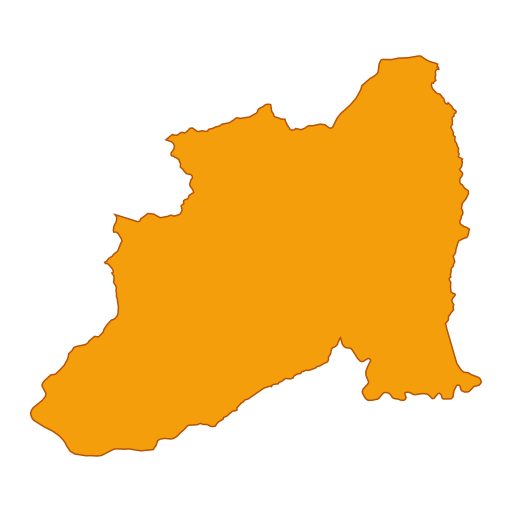 Nova Canaã do Norte, Mato Grosso, Brazil (Mercator projection)
{"feature_id": "56859067B70973465744511", "entity_name": "Nova Canaã do Norte", "entity_type": "district", "adm_level": 2, "iso_a3": "BRA", "parent_name": "Brazil", "parent_adm1": "Mato Grosso", "projection": "mercator", "projection_center": [-56.025, -10.669], "detail": "fine", "context": "isolated", "style": "filled", "palette": "amber", "viewbox_px": 512, "rotation_deg": 0, "n_neighbors": 0, "source": "geoboundaries", "source_scale": "gbopen_adm2", "svg_char_len": 6052}
<svg xmlns="http://www.w3.org/2000/svg" viewBox="0 0 512 512"><path d="M104.6,262.3L105.6,263.6L107.3,263.5L109.6,265.5L112.7,269.5L113.3,270.9L113.0,272.2L111.8,273.0L113.6,275.4L114.1,277.4L113.6,281.6L113.9,283.0L115.8,286.0L116.3,287.6L116.0,291.0L116.5,293.3L116.4,296.4L117.1,298.3L118.4,306.6L118.2,312.5L117.4,315.5L115.2,318.4L113.5,319.5L111.5,320.0L107.4,324.4L104.3,328.7L103.0,332.4L98.5,336.9L94.5,336.4L89.0,341.1L88.1,342.7L85.6,344.5L75.5,346.7L73.7,347.7L71.9,350.8L68.7,353.7L68.2,357.1L67.3,359.6L64.2,365.3L61.0,368.8L55.9,373.8L54.4,374.4L50.8,374.9L43.7,381.5L42.0,384.6L42.2,386.3L45.8,393.1L45.9,394.8L45.2,396.7L42.5,400.2L33.2,407.7L31.5,410.3L30.7,413.0L30.9,415.1L31.6,417.1L32.5,418.8L33.8,420.3L43.7,426.6L53.2,431.4L59.4,436.0L62.9,439.6L65.2,442.8L66.6,445.8L70.1,451.1L74.8,454.0L86.4,455.8L90.2,455.6L96.9,456.0L101.4,455.5L112.0,450.1L114.3,449.1L117.0,448.8L123.8,449.2L128.9,448.9L141.0,450.8L153.4,449.6L154.1,448.1L156.1,445.5L157.6,440.7L158.8,439.9L160.3,439.1L164.7,438.4L171.0,439.0L173.8,438.3L176.9,436.4L180.3,432.8L183.7,430.0L187.1,426.2L188.9,425.2L197.0,424.8L200.5,423.4L202.7,424.4L207.5,424.6L210.4,426.3L212.0,426.6L215.2,426.2L217.1,423.4L218.9,421.6L223.0,419.3L223.7,417.4L226.8,416.1L232.1,411.5L233.6,410.8L235.2,410.9L237.0,410.0L236.9,407.8L241.4,403.0L243.6,401.6L244.5,400.1L248.1,399.0L263.9,388.1L269.7,386.2L271.4,386.6L272.1,385.1L273.7,384.4L278.2,383.8L279.4,382.1L281.1,381.7L285.6,378.5L290.4,378.9L293.1,377.9L293.8,376.2L294.8,375.4L298.0,373.7L299.9,373.7L301.2,372.9L301.8,371.7L303.7,371.3L305.5,370.3L309.0,370.3L315.3,368.1L317.3,366.5L320.0,365.8L324.5,363.2L326.6,362.5L327.7,361.4L328.5,359.6L328.4,357.1L330.6,353.9L331.2,350.2L332.2,348.0L334.4,347.1L336.7,345.4L337.6,344.1L338.1,342.1L339.2,340.3L339.5,339.0L340.5,337.7L342.2,343.9L343.3,345.6L344.5,346.9L346.1,347.7L349.7,348.1L351.1,348.7L352.3,350.0L357.4,358.1L359.9,360.9L361.5,361.6L363.0,361.5L368.1,358.4L370.1,359.2L370.7,360.7L367.9,366.1L366.1,370.7L365.8,372.9L366.1,375.7L368.4,381.4L368.4,382.9L367.5,384.3L363.4,388.7L362.3,391.4L362.4,392.9L364.8,397.5L366.2,399.1L368.0,400.3L371.8,400.3L377.6,399.1L378.8,398.4L382.4,394.0L383.7,392.9L385.2,392.5L388.5,392.9L390.2,394.3L392.6,397.8L394.6,398.6L398.3,399.2L401.6,400.4L404.1,400.2L405.5,399.1L406.2,397.4L405.0,394.8L404.8,393.0L406.3,392.2L409.5,392.4L413.5,394.5L415.1,394.7L422.4,393.6L426.3,393.9L427.6,394.3L429.1,395.4L432.2,398.6L434.0,398.4L438.0,393.6L439.3,393.2L441.1,394.6L442.4,398.5L443.8,399.0L451.1,398.8L453.0,397.0L453.9,390.9L456.4,385.9L457.7,384.9L459.7,385.6L460.3,387.1L460.6,389.0L461.7,390.8L464.4,392.0L467.0,392.0L468.4,391.8L469.5,391.1L473.8,386.6L478.8,385.3L480.7,383.5L481.3,381.5L479.9,378.5L478.3,377.3L471.3,374.7L468.5,372.8L463.5,372.1L461.1,369.9L456.8,363.5L446.9,329.3L445.5,323.1L446.7,322.2L448.4,319.9L448.5,316.1L449.8,314.9L450.6,313.4L453.6,309.8L453.0,306.9L453.8,304.8L452.2,301.9L451.8,300.2L453.0,297.7L454.4,296.4L455.3,294.6L454.4,293.5L452.7,293.3L450.9,291.5L450.5,286.7L450.8,282.5L449.1,279.5L449.4,278.0L450.7,277.3L450.5,274.3L451.2,271.2L451.0,269.7L451.7,267.7L453.2,266.4L453.6,263.9L454.8,261.8L453.2,256.1L454.9,253.9L455.7,251.9L455.8,249.9L458.0,242.5L459.1,240.7L464.8,237.9L466.7,237.6L468.0,235.3L469.4,229.1L465.9,227.1L464.3,226.7L461.1,224.7L460.0,223.2L459.9,221.1L461.2,218.2L461.3,216.3L462.7,214.2L462.9,212.8L462.6,210.7L461.4,208.4L462.3,203.4L466.1,198.6L468.5,193.5L468.3,190.9L464.7,188.2L462.2,184.8L460.6,183.9L459.8,182.0L459.8,179.7L460.3,178.1L461.9,176.1L462.7,174.0L462.0,172.2L460.3,170.8L459.6,169.5L461.7,166.4L462.4,161.9L461.6,160.6L462.5,159.0L458.3,156.9L459.1,153.7L458.2,152.2L458.6,148.5L457.7,147.1L456.5,143.2L455.1,141.4L454.8,139.3L455.1,136.6L453.6,135.7L453.2,134.3L453.5,132.8L450.8,127.2L451.5,125.5L452.5,124.3L452.2,122.6L452.5,120.9L452.0,119.1L452.4,117.3L453.9,116.3L454.2,113.8L455.8,112.9L456.2,111.5L455.1,110.2L453.5,109.3L451.7,106.3L448.1,102.7L447.2,104.1L445.7,103.5L444.9,102.5L443.6,98.3L442.4,97.4L440.3,94.4L436.9,93.3L435.2,91.7L432.8,89.0L431.7,86.7L431.4,84.8L431.9,83.0L433.4,83.2L434.2,81.7L435.9,80.3L435.0,78.4L435.7,74.6L435.3,71.8L435.9,70.3L437.4,69.1L438.8,69.3L438.4,67.3L437.1,67.0L437.7,64.2L436.1,63.4L430.2,61.7L426.2,59.8L420.7,56.0L418.4,56.0L407.8,57.8L398.5,58.1L391.6,59.6L382.4,59.4L380.8,60.3L379.1,64.0L378.2,71.6L377.4,73.3L374.1,76.3L370.2,78.4L361.9,85.6L360.8,89.6L356.1,98.2L349.9,105.4L341.2,113.1L339.1,115.5L337.0,118.4L332.5,127.4L330.7,128.2L329.2,127.9L324.9,124.7L320.1,124.1L312.9,125.7L309.0,125.7L307.5,126.2L305.2,128.0L301.2,129.7L295.7,128.5L294.1,130.0L291.7,130.0L290.3,129.6L287.4,125.2L285.4,121.1L284.9,119.1L281.6,119.2L277.6,117.6L274.9,116.9L273.9,116.0L273.6,114.3L271.7,111.2L270.7,104.6L268.4,104.2L265.6,104.6L262.6,106.9L259.4,108.4L258.2,109.5L256.9,112.8L249.5,117.0L239.8,118.5L238.1,117.9L236.0,118.0L234.5,119.4L229.5,122.7L222.3,124.1L219.1,126.2L215.3,127.0L213.1,128.2L208.6,129.4L207.6,131.0L206.0,131.4L201.8,130.8L198.4,131.5L197.0,131.3L192.5,128.0L190.1,128.2L186.6,131.8L184.7,133.0L182.1,132.3L180.7,132.6L177.3,135.2L174.1,135.1L172.3,134.5L165.9,139.8L171.0,141.6L172.2,142.3L173.9,144.3L174.3,146.2L174.1,148.8L171.2,152.8L171.0,154.8L171.8,155.9L173.8,156.2L174.9,157.5L176.2,157.6L179.1,159.9L179.4,161.5L180.5,163.2L180.3,167.1L183.1,169.6L184.3,171.4L186.5,173.7L190.9,174.6L192.3,176.3L192.3,178.2L191.0,179.6L189.7,184.2L190.1,186.1L192.8,189.8L193.7,192.5L189.2,195.3L188.1,198.4L186.7,199.2L184.9,199.7L183.6,200.7L183.7,203.9L181.3,205.4L181.3,206.9L182.0,209.3L181.7,211.3L180.0,214.2L175.5,215.8L173.6,216.0L171.7,215.3L170.3,215.3L167.6,216.4L160.2,217.7L153.7,214.1L148.5,213.5L147.1,213.9L145.8,215.2L140.8,218.7L139.7,221.1L137.8,221.7L115.0,214.6L116.7,216.9L116.7,219.7L115.9,222.4L114.0,226.0L113.3,230.4L113.8,232.2L115.4,232.0L116.9,232.6L118.3,233.7L121.4,238.9L122.1,241.1L120.9,243.0L118.0,250.4L117.2,251.5L113.9,254.1L112.2,256.2L108.7,258.5L106.3,261.5L104.6,262.3Z" fill="#f59e0b" stroke="#b45309" stroke-width="1.5"/></svg>